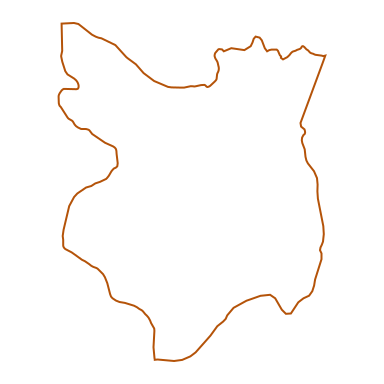 the Province of Môndól Kiri
{"feature_id": "KHM-1794", "entity_name": "Môndól Kiri", "entity_type": "Province", "adm_level": 1, "iso_a3": "KHM", "parent_name": "Cambodia", "parent_adm1": "", "projection": "robinson", "projection_center": [106.924, 12.744], "detail": "fine", "context": "isolated", "style": "outline", "palette": "amber", "viewbox_px": 384, "rotation_deg": 0, "n_neighbors": 0, "source": "natural_earth", "source_scale": "10m", "svg_char_len": 3242}
<svg xmlns="http://www.w3.org/2000/svg" viewBox="0 0 384 384"><path d="M317.9,198.7L323.3,226.1L323.8,234.1L323.0,241.6L321.8,244.8L320.5,247.5L320.0,250.2L321.5,253.4L321.5,259.2L315.1,279.5L314.1,285.6L312.3,291.2L309.1,295.7L303.5,298.3L298.3,302.3L290.9,313.5L285.9,313.8L281.8,309.7L275.2,298.3L270.1,294.8L260.5,295.8L250.0,299.5L246.5,300.7L233.6,307.8L227.2,315.4L225.7,318.9L223.1,321.6L217.3,326.2L210.4,335.7L195.6,352.4L190.3,356.4L182.2,359.9L174.1,361.0L157.5,359.5L154.8,359.8L154.8,359.7L154.5,358.2L153.5,347.3L154.4,330.8L154.2,328.5L151.1,323.1L150.1,320.5L148.5,317.6L146.8,315.6L145.3,314.2L143.1,311.5L142.3,310.7L141.5,310.1L139.4,309.0L136.9,307.2L134.0,305.7L124.9,302.9L119.5,302.0L116.0,300.6L112.7,298.4L111.7,297.4L111.0,296.5L110.1,294.1L107.3,283.2L104.9,277.2L103.8,275.4L103.1,274.2L97.7,268.8L97.1,268.4L96.4,268.0L93.3,266.9L92.0,266.2L91.0,265.6L89.3,264.2L84.9,261.2L82.0,259.8L71.7,252.4L65.4,249.1L64.4,248.2L63.6,247.0L63.3,246.2L63.2,245.3L63.2,239.8L62.7,236.0L63.6,229.7L69.2,206.1L74.1,197.0L77.3,193.5L86.1,187.5L91.3,186.0L95.3,183.4L99.9,181.9L106.2,178.9L107.3,177.7L108.8,175.8L111.5,171.2L113.0,169.4L114.2,168.3L115.6,167.8L116.2,167.3L116.8,166.8L117.3,166.2L117.7,163.2L116.6,153.9L116.4,151.0L116.0,149.2L115.4,148.3L114.7,147.5L113.1,146.4L105.1,142.8L92.2,134.0L89.5,130.5L88.8,129.9L88.1,129.6L86.4,129.1L85.4,129.0L81.7,129.0L80.9,128.9L80.3,128.6L78.0,127.5L76.1,126.2L74.6,124.5L73.1,121.9L72.5,121.1L71.9,120.6L69.1,119.0L68.5,118.6L68.0,118.1L67.4,117.3L60.8,107.0L59.7,105.9L59.2,104.8L58.8,103.2L58.6,96.6L58.7,95.6L59.1,94.4L59.9,92.9L61.6,90.5L62.8,89.4L63.9,88.9L76.3,89.2L77.2,89.0L77.9,88.7L78.3,88.0L78.6,87.0L78.6,85.7L78.4,84.6L78.1,83.7L77.8,82.9L77.4,82.1L76.2,80.4L74.2,78.6L67.5,74.4L65.3,71.2L62.3,61.8L61.2,56.6L61.2,55.6L62.2,50.9L61.6,23.6L74.0,23.0L78.4,24.0L92.0,34.7L95.8,36.7L98.5,37.7L101.4,38.3L115.4,45.1L126.2,57.0L127.6,58.2L135.9,64.3L143.6,73.1L154.1,81.0L168.0,86.9L171.6,87.4L180.7,87.6L184.1,87.6L190.7,86.2L193.2,86.3L194.1,86.5L195.6,86.3L201.0,85.1L204.4,84.9L205.1,85.2L205.7,85.7L206.2,86.3L206.8,86.8L207.5,87.0L208.7,86.7L210.2,85.8L214.8,81.5L215.8,80.4L216.3,79.7L216.6,78.9L217.1,74.2L217.5,73.1L218.2,71.7L218.5,70.8L218.7,70.0L218.8,68.9L218.8,68.0L218.6,66.6L218.5,66.4L217.7,62.8L217.4,61.9L216.6,60.4L215.8,59.2L215.1,57.8L214.6,56.1L214.6,55.2L214.8,54.3L215.0,53.5L215.4,52.8L218.3,49.4L218.7,49.2L219.4,49.1L222.0,49.4L223.8,51.3L231.3,48.2L244.4,50.1L250.7,46.2L252.5,42.5L253.7,38.8L255.6,36.6L259.6,37.6L261.8,40.3L264.8,48.2L267.1,51.3L269.3,50.1L271.6,49.6L276.7,49.6L277.9,50.7L279.9,55.3L281.1,56.4L280.9,57.8L283.0,59.4L287.2,57.2L288.2,56.3L289.6,54.9L290.8,53.3L291.8,52.3L292.3,51.9L293.0,51.5L295.6,50.7L297.0,49.9L299.7,49.0L300.5,48.5L301.2,47.8L301.8,46.6L302.4,46.2L303.1,46.2L304.3,47.0L306.4,49.3L308.1,50.4L308.9,51.3L309.9,52.4L310.4,52.8L311.2,53.2L313.5,53.9L314.3,54.4L315.5,54.8L321.5,55.6L323.3,56.1L325.3,55.6L322.5,63.4L300.5,123.0L301.1,126.6L304.5,129.4L305.0,131.2L305.1,132.8L304.6,134.1L303.4,135.1L302.1,137.6L301.8,140.3L302.3,143.0L304.7,149.3L305.5,156.8L306.4,160.5L307.9,163.4L314.0,171.2L317.0,178.1L317.6,184.6L317.4,191.3L317.9,198.7Z" fill="none" stroke="#b45309" stroke-width="2"/></svg>